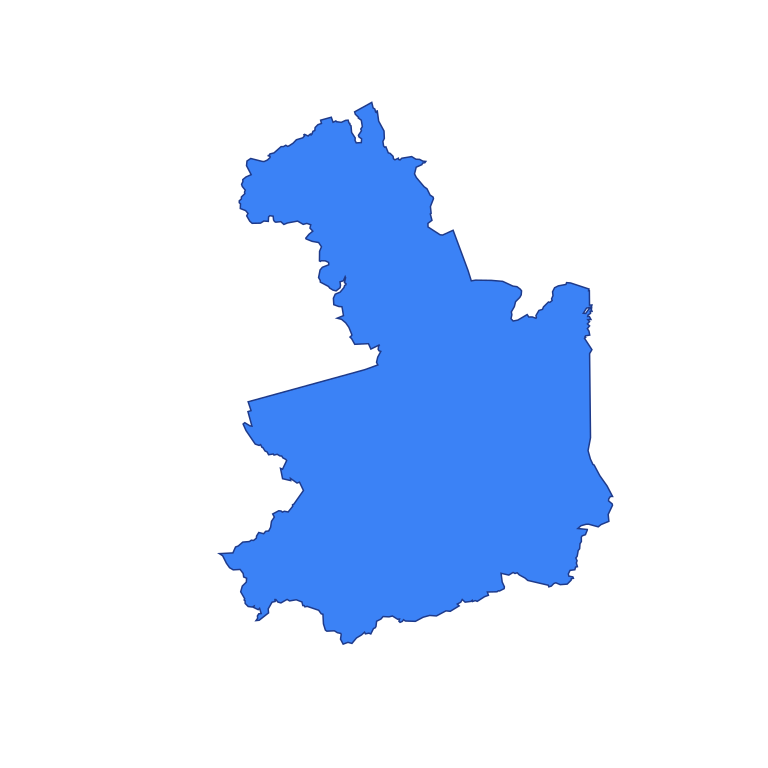 the district of Etzatlán, Jalisco, Mexico, rotated 332°
{"feature_id": "50627088B6540775027935", "entity_name": "Etzatlán", "entity_type": "district", "adm_level": 2, "iso_a3": "MEX", "parent_name": "Mexico", "parent_adm1": "Jalisco", "projection": "mercator", "projection_center": [-104.128, 20.761], "detail": "fine", "context": "isolated", "style": "filled", "palette": "blue", "viewbox_px": 768, "rotation_deg": 332, "n_neighbors": 0, "source": "geoboundaries", "source_scale": "gbopen_adm2", "svg_char_len": 6171}
<svg xmlns="http://www.w3.org/2000/svg" viewBox="0 0 768 768"><g transform="rotate(332 384 384)"><path d="M583.7,451.3L582.5,437.8L583.9,437.5L583.6,436.7L584.6,436.1L588.6,437.4L589.8,433.5L589.5,430.6L592.8,429.2L591.8,426.4L594.8,425.4L594.2,422.8L597.0,424.2L597.0,420.8L595.5,420.0L596.7,418.8L599.5,418.6L600.1,416.7L601.6,416.7L601.7,418.3L602.0,415.7L603.0,414.3L600.1,414.0L595.2,416.4L593.2,415.1L598.4,412.1L603.3,413.3L604.7,411.9L602.5,410.8L609.1,398.1L608.4,397.7L609.6,396.4L596.2,382.4L592.8,380.2L591.4,381.5L584.0,379.2L579.8,379.1L576.1,381.7L574.7,385.3L571.9,387.5L571.7,389.2L568.8,389.8L567.7,388.8L561.0,390.8L559.0,392.5L555.3,391.8L550.3,394.9L549.8,396.8L549.0,397.3L546.5,394.5L543.3,392.8L543.0,389.9L532.1,390.4L527.6,389.0L526.8,386.0L529.4,382.9L530.3,380.1L535.4,376.9L538.8,373.1L544.6,371.3L547.0,369.7L549.2,366.3L548.8,364.1L547.1,360.5L543.8,358.1L537.0,349.1L527.6,343.0L513.6,335.3L509.5,333.9L511.5,323.2L517.2,280.7L505.7,280.0L503.6,278.6L496.6,266.0L498.2,262.8L503.2,262.0L504.7,255.6L505.7,255.5L508.3,249.1L514.7,243.6L515.1,242.0L513.4,238.8L513.6,231.8L512.0,228.6L509.5,216.9L509.6,212.8L514.2,207.7L520.4,208.1L521.8,207.1L524.0,207.8L525.4,207.1L522.9,205.4L520.9,202.4L517.7,200.5L515.2,196.2L505.7,193.0L503.3,193.7L502.3,192.6L502.7,191.4L498.9,191.2L498.1,189.6L498.9,187.2L497.7,183.3L496.3,181.9L497.0,175.5L495.8,175.3L495.4,173.6L496.9,169.3L499.6,167.3L502.8,160.6L502.7,149.4L506.5,139.1L505.0,141.0L504.3,139.9L505.0,136.9L504.0,135.1L505.4,129.6L485.8,129.9L485.3,132.5L486.7,136.6L486.2,137.1L487.8,140.4L485.7,146.6L483.2,148.0L483.0,149.8L478.2,152.4L477.9,154.1L479.3,157.0L477.3,160.2L472.7,158.1L472.8,155.3L474.1,153.2L473.5,146.7L476.1,140.5L475.6,138.9L476.2,137.9L475.6,137.0L476.2,134.2L473.9,133.2L469.1,132.9L465.2,130.1L465.0,129.1L461.9,129.0L462.7,123.7L451.9,121.3L451.1,124.6L447.4,124.0L443.6,125.2L441.9,127.7L439.9,127.5L437.7,129.5L436.7,128.9L436.4,129.7L435.5,128.8L433.4,129.4L431.1,126.3L430.3,126.3L430.1,127.7L427.8,128.5L421.3,127.2L416.8,128.7L412.0,129.1L410.5,129.0L409.4,127.1L406.7,127.2L404.6,126.1L395.3,128.3L391.3,127.3L389.9,128.2L388.5,127.7L390.3,129.5L389.6,130.6L386.2,131.5L382.6,131.3L380.9,130.2L372.2,122.3L367.7,122.8L365.1,126.7L365.0,136.8L359.4,136.4L355.3,137.2L354.4,139.1L352.0,140.8L351.6,143.1L352.5,147.7L350.9,149.1L350.5,150.6L345.9,151.9L344.9,153.7L342.2,154.3L341.3,156.0L341.9,157.5L339.5,161.6L343.2,165.9L344.0,169.5L341.7,171.1L341.9,177.2L343.0,180.2L350.5,184.0L354.4,183.7L358.2,186.1L360.6,182.2L362.2,181.8L364.9,183.8L363.5,187.3L363.6,189.2L364.4,190.3L369.1,192.2L370.5,196.1L374.4,196.5L384.2,199.6L387.6,205.1L391.3,206.0L394.1,209.0L391.8,211.6L392.9,215.6L388.0,216.6L383.4,218.5L383.3,219.3L387.5,224.3L392.7,228.4L393.2,233.5L389.4,236.6L384.8,245.0L385.4,245.9L386.5,245.7L390.0,247.7L392.1,250.6L391.9,251.4L391.1,252.8L384.4,252.0L381.1,253.3L376.2,259.3L376.3,262.7L375.6,264.1L380.8,271.8L381.1,273.8L383.0,277.1L385.4,279.3L390.4,278.4L391.9,276.5L393.1,273.1L396.6,273.8L400.1,271.0L400.0,272.1L396.7,275.9L397.5,277.7L396.9,278.5L395.5,278.5L394.0,280.0L388.4,282.3L383.1,281.8L379.6,284.5L376.9,290.4L380.5,294.4L383.1,296.0L382.7,297.5L380.3,304.6L373.5,303.9L376.9,307.0L378.9,312.0L379.6,317.4L378.8,325.1L378.3,326.0L376.0,326.6L376.7,328.9L376.8,335.2L389.2,341.1L388.8,347.0L398.6,347.3L397.0,348.0L395.1,350.7L395.2,352.4L396.5,353.7L391.1,357.3L387.6,361.3L387.5,364.3L373.6,362.3L255.7,335.9L254.1,345.1L250.9,344.5L247.6,359.2L246.0,358.0L242.9,352.8L240.8,353.2L240.3,360.3L242.1,376.6L244.9,379.6L246.6,379.6L246.5,382.6L247.2,383.2L247.5,387.3L248.9,389.1L248.9,392.3L253.3,393.8L253.5,395.1L256.7,395.9L258.3,398.6L259.9,399.6L260.0,401.7L261.9,404.5L262.1,405.9L254.4,411.6L253.0,409.9L250.0,420.0L256.3,425.5L257.1,423.4L260.7,430.6L263.3,431.0L262.9,440.2L248.1,447.7L246.5,447.7L246.0,449.1L239.3,452.0L236.3,449.6L234.1,449.4L233.5,447.8L231.5,446.5L224.7,446.5L224.7,450.0L220.2,452.4L216.6,457.3L213.2,459.6L210.3,458.5L207.5,459.7L203.7,456.3L200.1,458.4L198.9,460.2L195.4,460.9L193.5,459.6L191.2,459.9L185.1,457.3L179.2,458.6L176.4,458.2L171.3,462.2L159.0,456.5L160.9,459.9L160.7,468.3L161.4,473.7L163.6,477.3L169.9,480.2L170.7,485.2L169.5,488.5L171.5,491.0L169.4,494.3L164.0,495.9L159.9,500.2L160.2,508.1L159.1,509.1L159.6,510.1L158.4,512.6L159.6,516.7L163.0,519.1L165.0,519.1L164.0,520.1L167.0,524.2L168.8,523.7L167.8,529.0L165.5,528.1L163.3,529.4L162.5,531.5L159.9,532.8L162.9,534.0L174.6,531.9L176.2,528.2L182.7,524.1L185.8,524.9L186.5,523.1L187.3,523.5L187.9,526.7L190.2,528.9L197.3,528.7L198.8,531.2L205.2,533.3L209.2,537.9L208.3,541.5L209.5,542.2L209.5,543.6L211.8,544.3L220.1,553.1L220.7,557.5L222.0,558.6L217.9,567.4L216.7,573.8L217.5,575.4L224.3,578.6L226.1,581.7L228.7,583.9L228.6,585.1L225.8,588.9L225.8,594.5L230.9,595.2L233.9,598.0L240.5,595.3L246.4,595.0L250.3,594.0L250.3,595.9L253.7,596.9L255.0,598.5L259.9,595.0L261.9,595.1L263.1,594.3L266.1,590.0L270.9,590.1L274.0,588.9L279.2,592.0L282.5,592.8L285.6,598.1L287.4,598.8L285.8,600.5L286.3,602.0L288.7,602.2L290.6,601.3L291.6,603.3L300.3,608.3L309.1,608.3L315.7,609.8L321.4,613.4L332.2,613.4L335.8,615.8L346.2,615.2L345.4,612.7L349.3,612.7L351.9,611.0L353.2,614.7L358.8,616.8L360.3,616.4L360.0,617.6L362.9,618.1L364.3,619.7L373.0,619.0L377.0,619.6L377.6,616.2L386.2,620.5L388.0,620.3L388.9,621.0L394.0,621.1L395.1,619.6L395.4,614.3L398.5,606.1L404.5,611.3L409.5,611.0L410.7,612.8L413.0,613.2L413.8,616.0L417.4,621.5L418.7,624.9L434.6,638.8L434.3,640.5L436.9,641.0L440.2,639.9L442.4,640.2L445.4,643.9L451.8,646.7L457.1,645.1L457.9,643.9L460.0,644.5L460.2,643.0L457.0,640.4L457.6,638.2L460.8,635.9L465.3,637.6L467.2,635.6L469.0,636.1L469.8,632.3L471.5,630.7L471.7,627.7L473.7,626.8L477.3,622.2L479.4,621.3L482.1,617.0L484.3,615.8L486.3,611.9L487.7,611.1L491.1,611.6L494.9,608.4L495.2,607.9L487.3,602.6L491.3,601.6L496.5,602.7L498.8,603.8L506.1,610.7L509.6,610.0L518.1,610.8L520.7,604.4L528.8,598.4L529.2,597.0L527.4,592.6L528.5,590.9L531.1,589.6L533.0,590.6L533.1,578.8L531.5,566.2L531.5,554.2L530.7,553.1L531.0,547.2L532.9,538.6L541.1,528.4L579.8,453.7L583.7,451.3Z" fill="#3b82f6" stroke="#1e3a8a" stroke-width="1.5"/></g></svg>